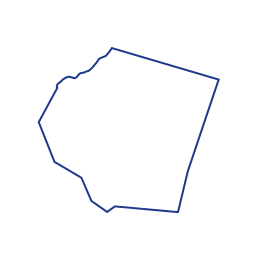 Labayee, Castries, Saint Lucia, rotated 297°
{"feature_id": "8701671B83780855203463", "entity_name": "Labayee", "entity_type": "district", "adm_level": 2, "iso_a3": "LCA", "parent_name": "Saint Lucia", "parent_adm1": "Castries", "projection": "mercator", "projection_center": [-60.972, 13.941], "detail": "fine", "context": "isolated", "style": "outline", "palette": "blue", "viewbox_px": 256, "rotation_deg": 297, "n_neighbors": 0, "source": "geoboundaries", "source_scale": "gbopen_adm2", "svg_char_len": 1991}
<svg xmlns="http://www.w3.org/2000/svg" viewBox="0 0 256 256"><g transform="rotate(297 128 128)"><path d="M75.9,210.7L116.3,201.0L212.3,186.8L191.9,77.4L191.5,77.4L186.7,76.6L182.1,75.5L181.2,74.7L177.8,71.7L176.3,70.8L172.2,70.3L170.6,69.9L168.0,69.3L166.0,68.9L162.2,67.5L160.8,66.8L159.6,65.3L158.0,64.1L156.8,62.9L156.7,62.8L156.6,62.6L156.4,62.3L156.3,62.1L156.1,61.9L156.0,61.7L155.9,61.6L155.7,61.4L155.5,61.1L155.4,61.0L155.2,60.8L155.1,60.7L154.9,60.5L154.7,60.4L154.4,60.3L154.2,60.2L153.9,60.0L153.7,60.0L153.4,59.9L153.2,59.9L152.8,59.8L152.7,59.7L152.4,59.7L152.2,59.6L151.8,59.5L151.6,59.5L151.4,59.5L151.2,59.5L151.0,59.4L150.8,59.4L150.6,59.4L150.4,59.3L150.2,59.2L149.9,59.1L149.7,59.1L149.4,58.8L149.2,58.7L148.9,58.5L148.7,58.4L148.6,58.2L148.4,58.1L148.3,57.9L148.2,57.8L148.1,57.6L148.0,57.4L147.9,57.2L147.8,56.8L147.8,56.6L147.8,56.4L147.8,56.2L147.7,56.0L147.7,55.8L147.7,55.6L147.7,55.4L147.6,55.2L147.6,54.9L147.5,54.7L147.4,54.3L147.4,54.1L147.3,53.9L147.2,53.6L147.2,53.3L147.1,53.1L147.1,52.9L147.0,52.7L146.9,52.5L146.8,52.3L146.8,52.1L146.7,52.0L146.6,51.8L146.5,51.5L146.3,51.4L146.2,51.2L145.9,50.9L145.7,50.7L145.4,50.4L145.2,50.2L144.8,49.9L144.6,49.7L144.4,49.6L144.3,49.4L144.1,49.3L144.0,49.2L143.9,49.1L143.7,49.0L143.5,48.9L143.3,48.9L143.1,48.7L142.9,48.7L142.5,48.5L142.4,48.4L142.1,48.3L141.9,48.2L141.6,48.0L141.3,47.9L141.2,47.8L140.9,47.7L140.7,47.6L140.4,47.5L140.2,47.5L140.0,47.4L139.8,47.3L139.5,47.3L139.4,47.2L139.1,47.2L138.7,47.1L138.4,46.9L138.2,46.8L138.0,46.7L137.9,46.6L137.7,46.4L137.3,46.2L137.1,46.1L136.9,46.0L136.7,46.0L136.6,45.9L136.3,45.8L136.1,45.8L136.0,45.7L135.8,45.6L135.6,45.6L135.3,45.5L135.1,45.5L134.9,45.4L134.7,45.4L134.3,45.3L134.0,45.3L133.8,45.3L133.6,45.3L133.4,45.4L133.2,45.5L132.9,45.7L132.7,45.8L132.3,46.1L132.2,46.1L132.0,46.3L131.7,46.4L132.4,46.8L92.7,45.8L64.4,77.9L64.4,78.6L62.5,109.1L46.4,128.5L43.7,147.5L52.2,151.9L75.6,210.4L75.9,210.7Z" fill="none" stroke="#1e3a8a" stroke-width="2"/></g></svg>